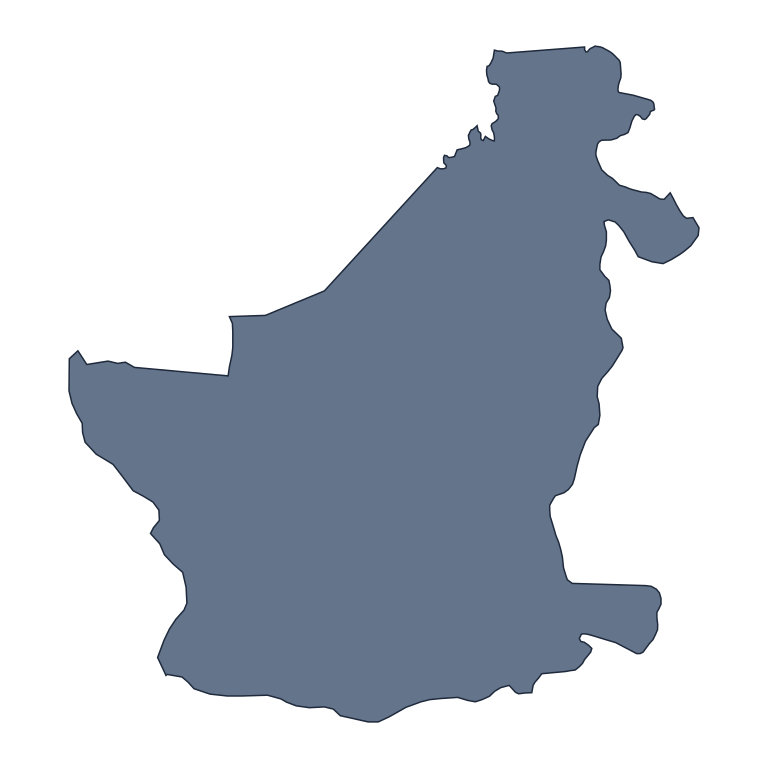 outline of Selangau, Sarawak, Malaysia
{"feature_id": "92858781B23703975490584", "entity_name": "Selangau", "entity_type": "district", "adm_level": 2, "iso_a3": "MYS", "parent_name": "Malaysia", "parent_adm1": "Sarawak", "projection": "equal_earth", "projection_center": [112.583, 2.507], "detail": "fine", "context": "isolated", "style": "filled", "palette": "slate", "viewbox_px": 768, "rotation_deg": 0, "n_neighbors": 0, "source": "geoboundaries", "source_scale": "gbopen_adm2", "svg_char_len": 4267}
<svg xmlns="http://www.w3.org/2000/svg" viewBox="0 0 768 768"><path d="M378.3,721.9L389.2,716.8L406.0,707.3L421.0,701.8L429.9,699.6L441.1,698.5L457.6,697.4L467.7,700.4L475.3,701.8L482.1,699.6L489.4,696.3L494.8,691.2L500.8,687.6L509.2,685.4L515.5,692.3L518.7,693.8L524.7,693.0L531.2,692.7L531.8,692.7L533.1,685.4L535.0,682.1L538.3,678.4L541.8,673.7L565.7,671.5L570.0,670.7L575.2,670.0L579.3,666.7L582.5,663.4L584.4,659.8L590.7,652.1L591.8,648.4L588.5,645.2L584.2,642.2L580.9,641.5L579.3,638.6L581.4,634.2L583.6,633.8L587.4,634.2L592.8,635.7L608.3,640.4L615.7,642.6L636.6,653.6L640.1,653.6L643.1,652.1L646.3,647.7L649.6,643.3L652.9,639.7L655.3,634.9L657.5,629.8L657.7,624.7L656.9,617.7L656.9,612.3L658.6,609.3L661.0,604.2L661.0,598.4L659.4,592.9L656.4,589.2L651.2,586.3L645.5,585.6L572.2,583.4L567.3,579.7L565.7,575.0L563.5,567.7L562.4,557.1L560.8,549.8L558.6,542.1L555.9,535.5L554.0,528.9L551.8,521.6L550.2,516.5L549.7,509.9L549.7,505.2L553.2,499.0L555.4,495.7L564.1,492.7L568.4,489.5L572.5,484.3L574.4,478.5L577.1,466.1L580.3,454.7L585.5,441.2L591.2,432.4L594.2,427.7L598.3,424.4L599.9,415.3L599.1,403.9L597.2,396.6L597.7,386.4L601.8,378.4L608.0,371.4L612.4,365.9L621.9,350.6L623.0,347.7L621.3,338.2L611.8,329.0L607.2,319.2L605.1,310.0L606.1,303.1L609.4,297.6L610.5,290.7L609.9,285.6L608.9,280.4L604.8,276.4L599.9,269.8L599.9,264.4L601.0,257.1L603.4,251.9L605.6,246.1L606.4,240.3L606.4,231.8L604.5,225.6L604.0,221.6L608.3,219.8L615.1,222.0L618.9,225.6L623.8,231.8L628.9,241.0L634.9,250.5L638.2,256.7L652.0,261.8L663.1,263.6L671.3,259.6L679.7,254.5L684.3,251.2L690.8,245.7L698.2,235.5L699.0,227.8L693.0,217.6L686.5,218.3L683.2,215.8L680.0,211.0L676.2,204.4L673.7,199.3L670.2,192.8L664.2,199.3L659.9,199.0L650.7,193.5L646.3,192.4L641.4,192.0L637.1,190.8L633.3,189.9L629.5,188.7L625.2,186.9L619.4,185.2L612.6,178.5L607.6,175.4L604.2,172.2L601.7,169.8L597.6,160.5L595.9,155.3L595.9,152.2L596.8,147.4L597.6,143.9L599.2,141.7L601.7,140.2L610.9,140.0L616.9,138.2L620.2,135.7L624.5,134.4L628.0,132.6L630.0,127.6L631.8,121.3L634.3,116.3L636.1,114.5L638.0,114.9L640.4,116.4L642.3,118.9L644.7,119.5L646.2,118.6L649.7,114.3L650.2,111.9L652.0,110.7L653.7,110.3L654.6,109.1L654.1,106.5L653.9,104.0L652.9,101.9L650.6,100.2L633.2,95.2L619.5,92.6L618.4,91.9L617.9,89.9L618.1,87.7L618.5,84.8L619.4,81.7L620.8,77.9L621.1,73.9L620.8,70.2L620.5,66.0L620.2,62.4L619.1,60.1L616.9,58.0L615.0,56.0L612.5,53.6L610.6,52.2L608.6,50.9L606.2,49.7L603.0,47.9L600.6,47.0L595.0,46.1L592.8,47.4L590.3,48.5L589.1,49.7L587.4,51.8L585.9,51.9L585.4,51.0L584.6,49.7L584.6,47.0L506.5,53.0L502.3,51.2L497.6,51.0L494.4,50.1L494.0,52.8L493.1,58.2L490.8,63.1L489.0,65.8L487.1,66.4L486.5,70.2L486.8,74.8L488.0,78.8L488.5,81.5L489.7,83.2L491.0,83.8L492.6,84.2L495.0,84.2L496.2,84.2L497.4,85.1L499.3,86.8L499.6,89.0L499.3,90.8L497.7,95.3L495.3,96.4L493.7,101.0L494.7,104.1L496.0,107.9L495.8,111.2L496.8,113.9L498.1,115.1L498.4,118.5L496.3,120.9L494.1,122.5L492.1,123.6L491.2,125.8L492.1,130.0L493.6,132.7L494.2,135.6L494.5,138.5L494.3,140.9L492.6,140.6L488.7,138.8L485.4,136.4L484.7,137.6L483.3,140.6L481.3,139.7L480.7,137.6L480.9,135.1L480.6,133.2L478.2,131.1L477.7,128.4L477.1,125.7L475.9,126.9L473.1,129.4L471.1,130.0L469.8,132.4L468.4,135.4L468.8,139.1L470.0,142.1L469.9,145.0L468.4,146.2L465.7,147.7L461.3,148.9L457.2,149.8L455.8,153.2L454.5,156.5L450.9,157.4L448.5,157.5L447.0,155.9L444.5,155.3L443.6,157.4L443.6,160.5L444.0,163.2L445.3,164.3L446.4,165.6L445.9,168.0L443.3,168.8L440.4,168.8L437.3,167.6L324.4,290.9L265.4,315.4L229.4,316.6L232.4,323.4L232.8,332.0L232.8,340.0L232.8,347.4L231.9,355.4L229.4,366.8L228.1,375.9L134.4,367.4L125.4,362.2L117.8,363.4L108.0,361.1L86.8,364.5L77.9,350.8L69.3,358.7L69.3,360.5L69.0,390.8L72.0,403.4L76.6,413.6L82.2,423.3L82.6,432.5L85.1,442.2L96.2,454.2L113.1,464.4L122.0,475.9L133.1,490.7L143.7,496.4L153.0,502.1L158.9,510.1L159.4,520.4L153.4,527.8L150.5,533.5L159.8,543.8L164.4,554.7L172.9,563.8L182.7,572.4L186.1,587.2L186.9,603.2L184.0,610.1L175.9,619.2L169.5,628.9L164.0,640.3L157.6,657.5L166.0,675.4L167.1,674.4L182.0,677.0L188.0,682.1L194.0,688.7L210.0,694.1L227.4,696.0L241.2,696.0L267.5,695.2L280.9,698.9L286.6,702.2L296.1,705.8L309.4,707.7L324.3,706.9L333.3,709.1L340.3,715.7L368.0,721.9L378.3,721.9Z" fill="#64748b" stroke="#1e293b" stroke-width="1.5"/></svg>